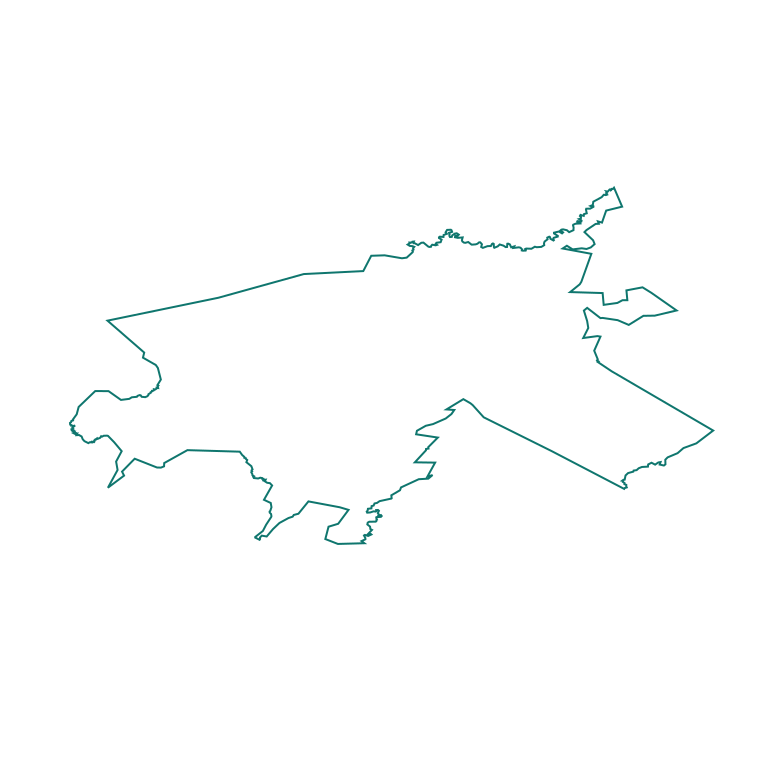 the district of Variņu pag., Smiltenes, Latvia, rotated 170°
{"feature_id": "27541924B26763457463148", "entity_name": "Variņu pag.", "entity_type": "district", "adm_level": 2, "iso_a3": "LVA", "parent_name": "Latvia", "parent_adm1": "Smiltenes", "projection": "equal_earth", "projection_center": [26.157, 57.319], "detail": "fine", "context": "isolated", "style": "outline", "palette": "teal", "viewbox_px": 768, "rotation_deg": 170, "n_neighbors": 0, "source": "geoboundaries", "source_scale": "gbopen_adm2", "svg_char_len": 6151}
<svg xmlns="http://www.w3.org/2000/svg" viewBox="0 0 768 768"><g transform="rotate(170 384 384)"><path d="M673.9,329.8L655.9,338.9L657.2,343.2L642.5,353.7L622.1,341.2L618.2,340.4L614.9,341.1L614.2,344.3L589.1,353.0L537.8,342.4L536.0,338.7L534.2,336.5L534.4,335.6L533.0,334.9L533.1,334.3L531.9,332.9L533.1,330.9L528.9,326.1L528.3,322.7L529.4,322.0L529.6,321.3L529.1,320.8L530.0,320.0L529.3,318.1L529.4,316.9L528.0,315.7L528.9,315.2L528.5,314.0L524.3,312.8L522.2,313.2L520.3,312.5L520.4,311.8L519.2,311.5L519.6,310.3L517.2,310.3L518.0,309.1L518.5,309.1L516.2,307.0L513.6,306.2L511.8,303.5L522.3,290.8L516.2,286.5L516.2,282.2L518.1,278.7L518.8,278.3L518.9,277.2L517.8,275.6L517.8,273.4L518.2,272.6L524.5,265.9L528.8,260.3L537.4,255.7L537.5,255.1L533.6,252.2L533.0,252.8L532.8,254.3L530.7,255.9L526.0,254.2L518.5,260.4L511.1,265.3L501.3,268.6L497.0,269.2L495.6,270.7L490.8,271.1L478.8,281.5L449.0,270.3L440.8,266.2L453.4,254.3L463.4,253.1L468.7,241.5L457.2,234.5L431.0,230.6L433.4,233.2L429.3,234.3L429.1,235.4L430.0,238.3L429.0,238.7L426.0,237.1L422.6,238.0L423.1,238.6L425.7,239.1L421.2,242.4L422.6,243.5L422.5,246.0L424.8,248.6L424.1,250.3L422.5,250.9L416.1,249.9L415.4,250.2L415.0,251.6L414.5,251.7L414.9,253.6L414.6,254.2L410.1,253.7L409.2,254.4L409.8,255.5L412.5,255.4L411.8,256.6L412.5,257.9L411.0,260.0L411.8,261.0L413.6,261.2L413.6,260.1L414.3,259.8L416.4,260.4L419.9,259.9L422.9,260.2L423.2,261.3L422.1,262.2L421.5,263.9L418.0,263.7L417.4,265.9L415.3,266.1L414.1,268.0L411.5,268.1L408.7,269.4L396.6,269.9L396.3,270.1L396.1,273.1L386.7,276.6L385.2,279.2L366.3,284.2L356.8,283.1L352.0,285.9L357.3,285.3L347.3,297.7L367.2,301.5L354.2,311.4L353.9,312.7L351.4,312.7L351.4,314.1L340.3,321.9L361.1,328.9L359.7,332.2L350.1,335.6L342.7,336.0L329.2,339.3L322.8,342.7L319.3,346.2L326.9,348.1L308.5,355.3L302.2,350.0L300.3,347.8L291.6,333.9L230.4,288.7L165.7,239.0L165.1,239.7L162.9,240.0L163.2,241.1L162.9,242.6L164.6,243.6L164.3,244.7L165.8,246.1L165.4,247.1L166.2,247.4L164.8,248.1L163.6,248.0L162.0,252.0L159.1,253.9L153.7,254.4L153.2,255.4L150.2,255.3L147.8,256.8L144.4,257.5L138.4,256.8L137.8,258.9L134.2,260.0L131.0,257.5L127.5,259.1L125.2,259.1L126.5,256.8L122.5,255.1L120.8,256.0L120.1,260.6L117.4,262.5L106.9,264.9L100.2,268.9L86.7,271.3L67.9,281.0L157.5,356.9L169.7,368.6L168.8,369.0L170.1,370.3L169.2,371.2L171.2,380.3L162.6,393.1L165.5,394.1L179.8,394.7L173.1,403.7L173.0,410.7L174.4,421.6L170.7,423.7L159.4,411.3L157.2,411.1L142.8,406.3L132.7,399.7L116.7,406.1L105.5,404.3L83.1,405.6L104.9,427.4L112.6,434.3L129.0,434.1L129.8,424.3L134.6,425.1L140.1,423.3L153.9,423.8L152.9,435.6L184.7,442.2L173.9,448.2L171.9,450.4L157.2,476.2L184.5,486.4L179.9,488.4L174.8,483.8L165.7,483.3L161.1,481.8L156.6,482.6L152.3,485.2L153.1,489.2L160.2,498.8L157.9,500.4L147.8,504.9L144.6,504.5L145.1,507.0L141.3,505.1L135.1,516.2L118.7,517.3L123.4,537.4L124.8,536.3L125.9,536.6L126.6,535.5L126.9,535.4L126.9,536.3L128.0,536.4L130.3,534.6L131.6,535.1L131.1,534.2L132.1,533.5L131.5,532.6L132.1,532.1L131.7,531.7L132.7,531.5L134.7,532.2L137.2,530.2L146.2,527.2L147.3,524.0L149.7,523.5L149.0,523.0L147.3,523.1L146.9,522.8L147.0,522.1L150.5,520.9L154.4,521.5L154.8,520.8L154.7,516.9L157.5,516.6L158.1,514.9L161.1,516.4L161.9,515.4L161.0,514.2L161.4,512.8L163.3,512.6L161.1,510.6L161.4,509.8L162.9,509.6L164.8,510.8L165.5,510.6L165.6,509.6L162.6,508.5L162.6,508.0L167.6,508.6L170.0,508.0L170.3,507.5L170.1,505.3L170.7,502.6L175.3,501.4L177.2,503.7L180.8,505.2L182.5,505.2L183.5,504.6L181.3,502.2L182.5,501.4L185.3,503.8L190.3,503.5L190.4,502.7L187.1,499.7L187.3,499.0L191.5,498.5L192.2,497.5L191.7,496.2L192.2,495.9L194.9,498.1L195.0,499.8L195.7,500.4L197.8,499.8L197.8,498.1L201.1,496.4L202.0,494.8L202.1,492.9L205.3,491.7L209.9,492.2L211.6,493.0L215.3,491.6L220.5,492.7L221.5,492.4L221.0,491.4L221.3,490.8L224.2,491.2L225.1,491.6L224.7,492.7L225.9,494.5L227.5,495.2L232.9,495.5L231.9,496.9L235.0,496.5L235.8,499.6L237.4,500.7L238.2,500.7L239.0,497.6L240.4,497.7L242.3,499.5L245.8,501.3L248.1,499.8L251.7,499.0L252.0,499.7L251.6,502.9L252.3,503.5L253.3,503.2L254.8,501.3L258.1,501.8L263.0,500.9L264.5,502.1L263.3,504.6L264.6,506.8L265.7,507.0L267.6,505.9L269.4,505.6L272.6,505.9L273.6,506.1L276.4,509.2L279.4,508.9L280.8,509.4L282.1,510.8L282.3,512.1L281.1,514.7L285.9,515.1L288.6,516.2L288.1,517.7L285.7,517.1L284.4,518.1L286.2,519.8L288.3,519.8L291.0,518.5L291.7,517.1L293.5,517.3L293.9,518.5L293.4,520.1L293.7,521.6L290.5,522.0L290.8,523.7L291.4,524.3L295.1,524.8L297.0,522.7L296.0,521.0L299.4,520.4L299.9,518.5L303.5,519.4L304.4,518.9L304.5,518.2L302.2,516.2L303.6,513.8L307.8,514.0L308.7,513.1L307.6,511.8L309.0,511.6L312.3,512.8L313.4,512.0L313.9,511.0L315.6,511.1L316.6,511.7L320.6,516.4L322.7,516.6L326.3,514.9L329.3,517.3L330.4,517.5L330.5,518.2L329.9,519.1L331.4,519.2L332.2,518.5L334.4,518.9L334.3,518.1L336.5,517.2L334.6,515.5L332.0,514.8L330.4,513.8L331.8,512.7L331.6,511.2L332.9,510.6L332.6,509.2L333.1,508.7L339.7,504.5L344.5,504.7L361.0,510.6L374.3,512.5L384.8,498.8L443.9,506.2L532.1,497.7L645.3,494.4L614.7,456.6L616.8,451.8L605.4,442.3L603.9,439.0L603.0,427.1L607.3,422.3L606.5,421.6L607.4,420.8L607.2,420.2L607.9,420.0L607.6,419.4L608.6,419.7L608.6,419.1L610.2,418.3L611.3,418.7L611.2,418.1L612.0,417.6L613.4,417.6L613.3,417.2L615.2,416.4L615.2,415.9L617.8,414.8L618.1,413.8L619.3,413.0L621.4,412.5L624.9,413.5L625.6,415.1L626.6,415.5L628.8,415.1L629.6,414.3L634.7,414.7L637.4,413.6L645.8,414.0L656.5,424.8L669.6,427.2L688.7,414.4L691.9,407.5L696.5,403.1L696.3,402.5L696.6,402.1L698.3,401.9L698.8,400.8L700.0,400.2L700.1,398.5L699.0,397.8L699.2,397.3L697.0,396.6L695.4,396.8L698.4,395.1L697.9,394.1L699.7,393.7L699.6,392.5L698.9,391.8L697.9,392.2L697.5,392.0L697.7,391.3L696.9,391.0L697.6,390.3L696.9,389.9L698.4,389.6L696.3,388.0L694.9,388.2L695.7,387.0L693.2,386.7L690.9,384.8L690.3,381.9L688.9,379.7L685.4,377.1L684.0,377.7L682.2,377.3L682.4,377.8L681.8,378.0L679.6,377.1L679.3,377.4L679.6,377.7L679.2,378.7L677.9,379.6L677.5,379.2L675.9,380.4L675.5,379.7L672.9,380.3L671.6,381.7L670.9,381.1L669.0,381.7L665.6,381.2L664.8,380.8L659.9,373.6L654.0,363.4L661.3,354.1L661.3,345.6L673.9,329.8Z" fill="none" stroke="#0f766e" stroke-width="2"/></g></svg>